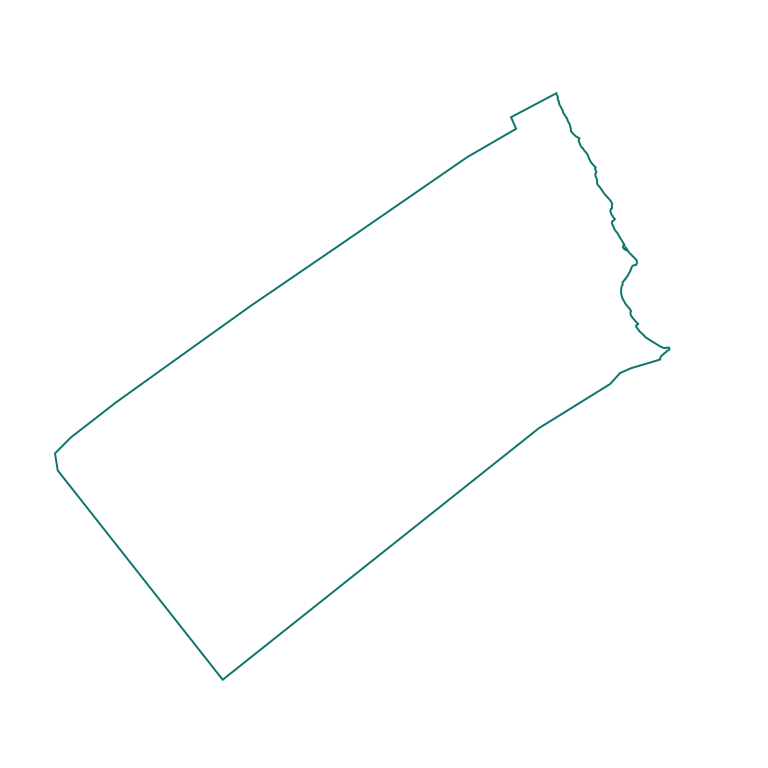 Marsa Matruh, Matruh, Egypt, rotated 53°
{"feature_id": "37247803B7137912263252", "entity_name": "Marsa Matruh", "entity_type": "district", "adm_level": 2, "iso_a3": "EGY", "parent_name": "Egypt", "parent_adm1": "Matruh", "projection": "natural_earth1", "projection_center": [27.133, 30.048], "detail": "fine", "context": "isolated", "style": "outline", "palette": "teal", "viewbox_px": 768, "rotation_deg": 53, "n_neighbors": 0, "source": "geoboundaries", "source_scale": "gbopen_adm2", "svg_char_len": 2762}
<svg xmlns="http://www.w3.org/2000/svg" viewBox="0 0 768 768"><g transform="rotate(53 384 384)"><path d="M530.6,148.8L529.8,148.1L529.1,147.1L528.6,146.2L528.4,144.2L528.3,142.5L528.2,141.4L528.3,139.7L528.0,139.0L527.7,138.3L528.1,137.3L528.3,136.0L528.0,135.2L527.6,134.8L526.8,134.5L526.3,134.5L526.0,135.3L525.1,136.4L524.8,136.8L524.5,137.8L523.9,138.6L523.2,139.2L522.2,139.6L520.6,140.6L519.0,141.3L516.8,142.1L514.6,143.0L511.7,144.2L509.4,145.0L506.6,146.1L503.9,147.1L502.5,147.1L501.1,147.2L499.4,147.6L497.3,147.9L495.3,148.3L493.8,148.2L492.1,148.1L491.0,148.2L490.2,148.2L489.3,147.7L489.0,146.7L489.0,146.2L489.2,145.5L489.0,144.9L486.3,145.3L481.0,145.6L477.9,145.6L476.1,144.7L475.2,144.1L474.5,142.9L472.4,142.6L465.7,142.9L459.0,142.0L454.5,140.2L451.0,137.5L448.8,135.1L448.6,134.5L448.5,133.9L447.5,133.1L446.2,132.1L446.1,130.9L445.8,130.2L445.9,129.5L445.3,128.7L445.3,127.3L444.9,126.6L444.5,125.4L444.4,124.5L443.6,123.1L443.1,122.0L442.5,120.5L442.2,119.6L441.5,118.6L440.2,116.5L439.7,115.6L439.3,114.7L439.3,113.7L439.7,112.8L440.6,111.1L440.0,109.9L439.0,108.6L436.6,107.7L434.5,108.1L431.9,108.3L431.5,108.6L429.9,108.6L427.6,109.1L425.9,109.1L424.0,109.1L422.7,108.9L421.7,108.8L421.0,108.8L420.8,109.1L421.5,109.5L423.2,109.8L422.9,110.2L422.0,110.2L421.0,111.0L420.0,110.9L419.2,111.0L418.2,110.5L417.8,109.9L417.9,109.3L418.4,108.7L416.9,108.2L416.3,108.4L416.1,108.1L412.4,107.7L408.6,107.4L405.2,106.9L404.7,106.8L401.5,106.9L399.1,106.8L397.5,106.4L396.1,105.9L395.0,105.9L393.8,105.6L392.7,105.2L391.8,104.3L391.4,103.3L391.7,102.5L391.3,101.3L391.4,100.7L391.1,100.3L389.5,100.5L387.7,100.4L385.5,100.3L384.1,99.9L382.5,99.4L381.1,98.0L380.7,97.3L380.9,96.3L380.4,95.6L379.0,95.0L378.0,94.0L377.7,93.4L377.0,93.2L376.0,93.1L374.9,92.8L371.9,92.9L369.5,93.1L365.6,93.5L364.1,93.5L361.6,93.4L357.8,93.2L355.1,93.3L353.7,93.4L352.8,93.3L351.6,92.9L350.2,91.6L347.7,90.5L346.1,90.2L344.4,89.5L343.3,88.7L343.1,88.0L342.8,87.3L342.6,86.8L341.6,86.7L339.8,86.1L338.6,85.5L338.5,84.8L338.0,84.6L334.3,85.1L331.9,85.2L329.8,85.0L327.5,84.6L325.7,84.0L323.9,83.4L322.0,83.4L320.4,83.3L318.8,83.5L316.6,83.5L315.6,83.3L314.1,83.7L312.1,83.6L309.7,82.9L306.9,82.1L306.0,81.5L305.7,80.6L305.5,80.1L304.5,80.3L302.5,81.5L298.3,82.4L294.4,82.5L292.7,81.2L288.0,79.3L284.4,78.9L282.5,78.1L279.3,77.9L277.5,77.8L275.6,77.7L274.2,77.3L273.4,76.6L270.6,76.4L269.5,76.0L266.9,75.9L265.7,75.4L265.4,75.2L263.9,74.7L263.2,74.1L262.4,74.1L261.2,74.0L259.9,72.7L258.4,72.2L256.6,71.9L255.5,71.4L247.4,122.0L259.7,124.9L252.9,181.0L246.4,335.9L241.4,443.0L238.9,545.0L237.4,609.2L238.2,665.9L241.4,688.5L256.7,696.6L523.1,690.8L512.5,286.8L520.1,203.4L517.3,188.8L520.0,177.4L530.6,148.8Z" fill="none" stroke="#0f766e" stroke-width="2"/></g></svg>